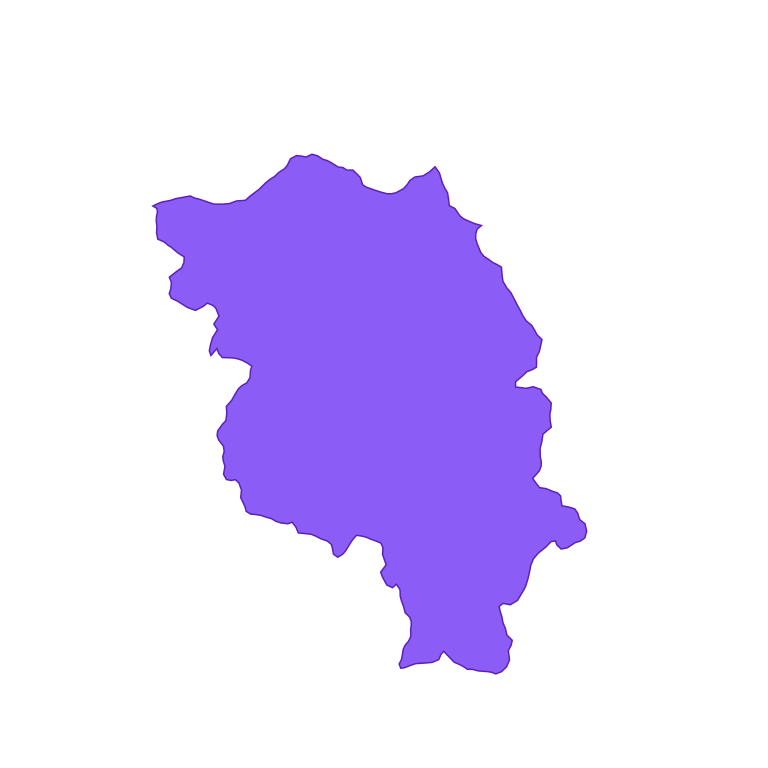 Santa Rita do Passa Quatro, São Paulo, Brazil, rotated 46°
{"feature_id": "56859067B91361452731504", "entity_name": "Santa Rita do Passa Quatro", "entity_type": "district", "adm_level": 2, "iso_a3": "BRA", "parent_name": "Brazil", "parent_adm1": "São Paulo", "projection": "orthographic", "projection_center": [-47.502, -21.677], "detail": "fine", "context": "isolated", "style": "filled", "palette": "violet", "viewbox_px": 768, "rotation_deg": 46, "n_neighbors": 0, "source": "geoboundaries", "source_scale": "gbopen_adm2", "svg_char_len": 3875}
<svg xmlns="http://www.w3.org/2000/svg" viewBox="0 0 768 768"><g transform="rotate(46 384 384)"><path d="M366.2,566.0L375.9,569.3L379.9,571.6L384.9,570.3L388.4,567.3L392.8,563.9L397.0,561.8L402.7,558.5L407.4,557.2L412.3,554.7L417.8,550.2L419.6,546.1L425.9,546.8L431.6,549.1L441.4,540.8L446.4,538.6L451.6,536.9L457.5,533.9L463.0,533.3L466.7,535.5L471.3,538.5L476.5,537.6L477.8,531.6L477.2,526.7L475.5,520.4L474.2,514.6L473.7,508.9L478.4,505.3L482.1,503.1L486.7,501.2L491.1,499.0L496.3,496.8L500.8,498.3L505.7,503.5L515.5,508.0L517.0,517.1L522.1,519.3L530.5,521.6L536.4,519.4L536.7,514.1L543.3,515.5L547.9,519.7L551.6,521.8L557.6,524.5L563.1,527.6L569.5,527.5L573.5,529.2L576.5,532.0L579.1,535.4L584.2,540.0L586.1,544.9L586.5,550.0L588.3,554.7L591.5,558.8L594.5,563.2L595.9,567.6L600.1,569.4L602.5,566.1L604.4,561.3L607.2,555.4L613.9,547.5L617.7,542.8L620.3,536.1L618.1,530.9L617.7,526.8L623.4,526.8L633.0,526.8L638.0,524.6L643.0,523.0L647.2,522.2L650.4,518.8L656.0,515.4L662.6,509.5L666.1,506.8L670.2,505.0L672.6,499.2L672.6,492.4L669.7,485.4L662.2,479.8L660.1,473.7L657.4,469.8L650.0,470.0L644.2,466.5L638.3,464.2L633.5,461.0L627.4,457.9L624.0,455.6L624.5,450.8L630.6,446.4L632.4,438.2L631.0,433.1L629.3,426.8L627.9,422.7L624.6,416.6L621.2,411.2L616.4,404.4L613.6,398.1L612.8,390.8L613.7,380.7L613.4,373.3L616.0,369.7L620.1,371.5L625.8,371.2L629.2,365.9L630.9,356.7L633.4,351.9L634.2,346.5L630.8,340.6L624.2,336.5L617.5,337.4L611.2,334.3L606.2,333.6L601.3,336.3L595.2,340.6L590.3,337.2L587.2,334.7L582.7,334.9L578.5,337.2L571.8,340.1L566.6,344.1L561.1,343.5L555.2,342.6L554.8,337.0L554.3,332.4L552.3,328.1L549.4,325.0L545.0,322.2L538.9,316.6L535.1,310.5L530.5,304.5L530.9,298.0L531.3,293.7L525.1,289.4L520.6,285.3L518.2,281.7L513.8,276.9L506.0,276.3L500.7,276.5L497.0,274.9L489.7,278.5L485.7,284.9L477.5,291.4L473.8,287.8L474.4,278.7L474.4,272.6L476.6,267.5L477.8,262.7L474.3,259.1L470.7,255.7L468.5,249.6L461.8,239.5L454.7,239.7L450.5,238.4L444.4,237.0L437.4,237.8L431.8,236.8L425.5,234.8L420.3,233.4L415.7,232.0L406.5,229.3L400.2,228.9L392.7,227.1L387.8,223.5L381.5,218.3L376.1,219.9L371.7,221.5L367.5,222.1L361.5,223.4L356.5,223.0L347.1,219.2L343.3,217.2L339.8,213.8L337.3,209.3L337.7,203.8L331.6,207.4L325.1,210.2L320.4,212.0L315.7,212.6L307.1,211.1L301.0,213.1L296.3,209.5L290.5,205.4L285.5,204.3L279.8,202.3L270.6,197.5L263.2,196.4L263.0,204.1L261.4,211.3L256.5,218.1L255.6,224.2L256.7,228.7L257.0,234.5L254.7,242.6L252.3,246.5L249.4,249.5L244.1,252.8L237.7,256.2L230.3,259.9L225.9,261.0L219.0,257.6L213.3,257.6L208.5,257.8L204.4,262.1L199.7,263.2L196.2,266.2L189.0,268.0L183.8,269.6L180.2,271.8L173.9,273.2L168.7,276.2L166.6,282.4L162.8,285.0L158.9,288.3L157.0,294.9L159.6,301.8L160.0,306.3L158.7,312.9L158.7,318.5L157.5,324.3L157.1,329.6L157.2,338.3L156.6,343.3L155.8,350.1L155.6,356.1L149.9,362.9L146.7,370.1L142.4,375.3L139.2,378.6L136.1,381.6L130.7,384.4L125.9,386.8L122.4,388.7L118.6,391.1L114.2,392.7L110.4,398.4L106.0,405.0L103.5,410.3L98.9,417.2L97.0,421.7L95.4,426.6L100.0,425.4L103.1,427.7L105.3,431.1L108.5,434.6L113.2,438.1L117.1,442.5L122.7,446.1L129.3,443.4L134.1,443.0L137.8,442.1L146.7,441.2L153.8,439.4L157.6,443.5L159.9,448.8L159.1,454.0L158.0,464.2L163.3,466.4L167.4,471.2L169.8,475.7L174.6,477.4L180.9,475.0L192.4,472.2L200.1,468.5L202.6,460.0L203.1,454.8L208.9,452.4L212.9,452.4L220.5,455.5L222.7,464.8L229.3,466.1L231.6,475.2L235.5,481.9L238.8,486.6L243.3,488.7L242.4,479.7L247.5,481.7L252.7,481.9L258.2,476.5L261.3,473.8L264.5,471.6L268.6,469.5L274.2,467.7L279.3,466.7L281.8,471.0L286.2,475.8L287.9,481.8L286.4,487.5L286.3,491.8L287.7,497.6L289.9,504.8L290.6,513.0L295.6,517.2L300.5,523.1L300.7,527.9L302.2,536.2L305.3,540.0L309.5,541.8L317.3,542.7L321.6,545.9L324.1,550.2L327.1,552.7L332.7,555.6L337.5,562.1L343.2,563.7L347.2,561.0L349.5,557.4L354.3,557.1L361.2,560.1L366.2,566.0Z" fill="#8b5cf6" stroke="#5b21b6" stroke-width="1.5"/></g></svg>